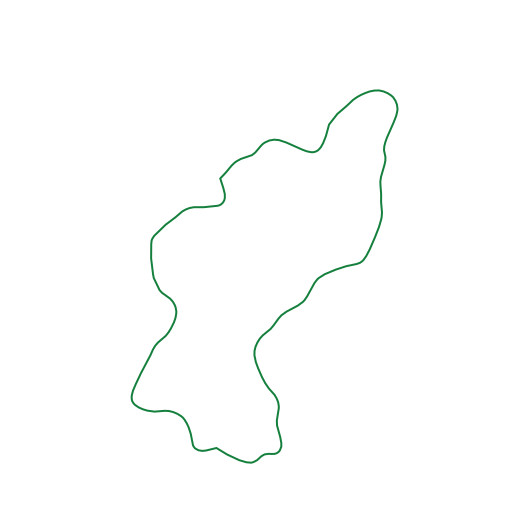 outline of Los Alcarrizos, Santo Domingo, Dominican Republic, rotated 113°
{"feature_id": "3306468B82844411676159", "entity_name": "Los Alcarrizos", "entity_type": "district", "adm_level": 2, "iso_a3": "DOM", "parent_name": "Dominican Republic", "parent_adm1": "Santo Domingo", "projection": "albers", "projection_center": [-70.036, 18.529], "detail": "fine", "context": "isolated", "style": "outline", "palette": "green", "viewbox_px": 512, "rotation_deg": 113, "n_neighbors": 0, "source": "geoboundaries", "source_scale": "gbopen_adm2", "svg_char_len": 2414}
<svg xmlns="http://www.w3.org/2000/svg" viewBox="0 0 512 512"><g transform="rotate(113 256 256)"><path d="M448.2,217.4L450.0,205.2L450.5,191.6L449.6,184.1L448.1,179.6L446.7,177.8L443.5,175.2L438.2,172.8L435.3,170.6L433.4,167.5L431.3,162.4L430.4,160.9L429.1,159.6L427.4,158.6L425.6,158.1L421.7,158.2L418.3,159.6L413.3,162.9L403.8,170.4L399.4,172.5L387.4,175.5L385.4,176.3L381.9,178.5L379.0,181.4L376.6,184.6L373.0,192.3L369.4,197.9L365.1,203.2L358.7,210.0L353.7,214.7L348.1,218.6L343.9,220.3L339.5,221.0L335.0,220.9L330.6,220.2L326.5,218.8L317.5,214.1L313.3,212.8L304.7,210.8L300.6,209.4L295.2,206.1L285.3,198.1L279.9,194.9L277.8,194.1L273.4,193.2L257.8,191.6L253.4,190.4L251.4,189.4L245.8,185.5L237.5,177.4L230.0,168.8L224.1,160.3L221.6,157.6L219.7,156.4L217.6,155.5L213.0,154.5L205.5,153.9L192.2,153.8L181.5,154.1L173.7,155.0L171.2,155.5L166.8,157.0L157.7,161.8L149.7,165.2L142.4,169.0L138.7,170.7L134.0,171.9L122.2,173.3L117.9,174.1L114.2,175.6L108.8,179.4L105.2,180.7L100.9,181.4L96.3,181.7L79.4,181.5L72.2,181.7L67.6,182.5L65.3,183.2L61.6,185.4L58.6,188.3L56.3,191.8L55.5,194.0L54.7,198.4L54.7,202.9L55.5,207.3L57.4,211.6L60.0,215.5L63.2,219.0L66.6,222.2L70.3,225.1L74.3,227.6L82.3,231.1L93.4,236.6L106.4,240.1L118.3,238.5L125.8,238.3L130.5,238.8L132.7,239.5L134.8,240.4L136.6,241.9L138.0,243.7L138.9,245.8L139.8,250.2L140.0,254.9L139.7,272.5L140.3,280.0L141.8,284.7L144.5,288.9L148.1,292.2L150.2,293.5L152.4,294.4L161.0,297.1L164.6,299.0L172.6,307.9L176.3,310.8L178.4,312.1L182.4,313.8L191.3,316.5L198.6,319.2L206.5,312.4L211.2,308.9L214.7,307.4L216.7,307.0L218.7,307.1L220.6,307.6L222.4,308.5L223.8,309.7L224.9,311.2L231.3,322.8L235.5,332.5L237.8,335.9L240.7,338.9L244.0,341.4L251.7,345.2L262.5,351.4L277.2,357.6L280.8,358.2L282.7,358.1L286.2,357.0L299.2,351.6L313.1,343.6L316.2,341.5L325.1,331.4L326.6,328.1L328.8,318.4L330.6,314.6L333.1,311.4L334.6,310.0L338.1,307.7L340.2,306.9L344.6,305.9L349.1,305.6L356.0,306.0L360.5,306.7L364.8,307.9L373.9,312.4L377.9,313.7L382.2,314.3L388.6,314.4L408.5,316.1L420.8,316.6L427.8,316.6L432.2,316.0L434.3,315.4L436.2,314.5L438.0,313.2L439.4,311.3L440.3,309.3L441.2,304.9L441.3,300.3L440.8,295.6L438.9,288.6L434.2,279.6L432.7,275.6L432.0,271.2L432.0,266.7L432.7,262.2L433.4,260.1L434.5,258.0L437.1,254.3L440.2,250.9L445.3,246.5L454.9,240.0L456.0,238.6L456.9,236.9L457.3,233.1L456.4,229.3L454.6,226.0L448.2,217.4Z" fill="none" stroke="#15803d" stroke-width="2"/></g></svg>